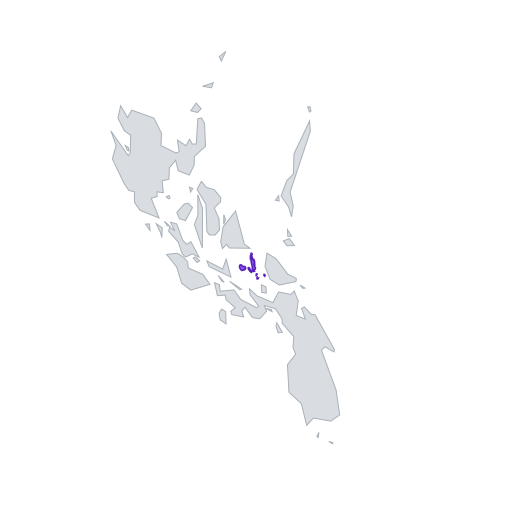 Romblon, Romblon, Philippines (highlighted), rotated 160°
{"feature_id": "2640588B50983171828902", "entity_name": "Romblon", "entity_type": "district", "adm_level": 2, "iso_a3": "PHL", "parent_name": "Philippines", "parent_adm1": "Romblon", "projection": "equal_earth", "projection_center": [122.122, 12.497], "detail": "fine", "context": "in_parent", "style": "filled", "palette": "violet", "viewbox_px": 512, "rotation_deg": 160, "n_neighbors": 0, "source": "geoboundaries", "source_scale": "gbopen_adm2", "svg_char_len": 8378}
<svg xmlns="http://www.w3.org/2000/svg" viewBox="0 0 512 512"><g transform="rotate(160 256 256)"><path d="M242.1,75.2L257.6,84.1L266.3,79.5L263.9,101.7L271.6,116.8L263.6,143.1L252.3,150.2L252.5,157.6L248.0,167.3L254.4,183.8L253.0,188.2L255.9,199.9L265.2,206.6L264.9,200.5L273.9,195.7L280.3,199.3L283.9,211.7L288.0,209.2L288.4,202.9L298.8,209.2L298.7,212.5L293.3,214.6L299.0,225.3L298.3,229.8L305.8,231.9L304.1,245.1L300.2,241.7L301.7,235.2L288.3,231.6L285.2,220.4L273.2,207.2L270.6,207.8L274.8,221.7L273.3,227.4L268.7,218.2L256.1,206.4L247.0,214.5L236.4,207.9L232.1,210.1L231.7,199.3L238.6,186.4L231.1,179.8L231.2,191.0L228.0,191.8L224.1,182.3L220.6,180.6L214.3,141.2L215.5,139.2L222.3,147.0L226.7,145.2L226.6,102.4L231.7,78.1L242.1,75.2ZM334.1,324.9L349.4,338.6L351.8,347.8L348.3,358.0L353.1,361.1L355.1,369.2L357.8,396.4L349.6,407.7L349.6,423.2L341.8,394.0L338.9,396.0L332.4,412.3L336.9,418.7L338.6,432.7L331.8,443.5L329.3,430.1L322.9,435.6L304.8,420.5L302.8,403.7L307.5,392.2L296.0,380.1L292.4,380.4L290.2,391.8L284.0,383.5L278.6,388.4L277.5,382.9L273.8,381.7L263.7,404.9L260.0,404.4L259.1,397.8L265.9,376.5L280.0,370.5L283.0,362.6L291.1,354.9L299.9,362.6L298.8,373.5L307.3,368.4L311.6,357.8L318.5,358.9L321.4,347.2L327.2,350.2L328.6,345.7L334.7,346.0L334.1,324.9ZM288.7,338.7L281.8,344.8L279.1,337.3L272.6,332.7L269.2,323.0L270.7,319.1L278.8,315.5L278.0,303.7L281.5,292.8L287.2,289.7L292.6,291.7L293.8,295.8L285.3,321.8L288.7,338.7ZM328.9,246.2L335.2,255.8L334.3,272.7L339.5,288.1L328.9,285.4L324.7,279.9L322.2,273.7L323.8,267.9L312.2,256.9L309.0,245.1L328.9,246.2ZM259.0,265.3L278.4,272.7L279.6,277.0L285.1,274.4L284.3,281.4L277.0,294.6L259.8,305.3L262.9,271.3L259.0,265.3ZM185.3,339.1L159.5,364.5L162.3,354.6L202.1,304.4L203.9,290.3L209.2,280.7L208.6,290.9L211.9,303.8L201.4,316.2L192.7,320.4L185.3,339.1ZM227.2,218.3L244.0,220.7L250.7,229.2L251.1,243.1L244.7,255.0L238.1,246.7L232.4,228.1L225.8,221.2L227.2,218.3ZM315.0,279.8L322.5,279.0L324.6,283.5L324.3,295.6L329.7,309.2L327.1,312.6L323.8,307.5L324.7,317.0L319.5,313.2L319.5,295.8L316.9,290.6L312.3,291.7L309.9,274.4L315.0,279.8ZM289.7,333.6L290.0,318.9L303.7,281.8L303.1,306.6L296.6,314.3L289.7,333.6ZM315.5,324.0L305.6,329.4L301.6,328.7L299.1,323.2L310.1,313.4L315.2,317.2L315.5,324.0ZM286.7,244.7L303.7,262.1L303.8,268.2L291.8,255.1L285.1,263.3L286.7,244.7ZM310.2,215.0L306.4,217.9L303.5,214.1L307.4,202.4L311.5,208.3L310.2,215.0ZM267.6,414.8L259.9,420.2L257.2,413.1L262.0,410.9L267.6,414.8ZM216.2,252.7L223.4,255.0L225.2,260.8L218.8,261.0L216.2,252.7ZM259.0,217.6L263.1,219.8L260.8,227.1L257.2,223.6L259.0,217.6ZM240.3,429.3L248.2,433.8L236.9,433.4L240.3,429.3ZM338.7,320.4L334.5,314.6L338.1,305.5L337.7,311.0L338.7,320.4ZM263.8,242.7L261.0,258.2L259.1,251.8L260.8,244.2L263.8,242.7ZM221.8,451.1L222.3,455.8L214.4,458.7L221.8,451.1ZM261.5,176.3L261.2,183.2L259.3,186.1L257.4,175.4L261.5,176.3ZM275.5,296.9L272.1,305.9L272.1,300.7L275.5,296.9ZM219.4,263.5L217.4,270.0L215.7,262.5L219.4,263.5ZM315.7,275.6L313.1,275.8L310.5,270.7L313.6,270.1L315.7,275.6ZM273.4,247.3L273.4,253.1L269.6,248.3L273.4,247.3ZM348.9,323.7L345.1,322.6L346.8,316.3L348.9,323.7ZM282.7,229.7L289.5,241.3L280.9,229.8L282.7,229.7ZM218.7,301.8L214.1,305.0L215.4,299.8L218.7,301.8ZM295.7,338.5L294.9,343.5L292.3,341.0L295.7,338.5ZM296.7,243.9L298.2,250.8L294.8,242.1L296.7,243.9ZM156.5,378.3L154.2,377.9L154.7,373.5L156.5,373.0L156.5,378.3ZM320.1,342.4L317.1,342.7L316.8,340.0L318.6,339.5L320.1,342.4ZM341.0,404.5L338.8,401.4L339.5,398.2L340.9,399.8L341.0,404.5ZM223.2,209.7L224.5,213.6L220.9,209.1L223.2,209.7ZM329.0,314.7L330.2,319.9L326.9,313.6L329.0,314.7ZM260.5,65.6L257.2,68.8L259.6,64.1L260.5,65.6ZM264.4,203.3L259.8,200.2L259.9,198.2L264.4,203.3ZM248.2,53.3L251.1,56.9L247.8,54.5L248.2,53.3Z" fill="#d9dde1" stroke="#a8b0b8" stroke-width="1"/><path d="M263.1,242.1L263.3,242.3L263.2,242.6L263.0,242.8L262.9,242.9L262.8,243.0L262.7,243.0L262.6,243.3L262.4,243.4L262.3,243.6L262.1,243.6L261.9,243.6L261.6,243.6L261.4,244.0L261.2,244.0L260.8,244.3L260.7,244.7L260.6,245.0L260.9,245.7L260.9,246.4L261.0,246.6L261.0,246.9L260.9,246.9L260.8,247.1L261.0,247.0L261.1,247.3L261.0,247.5L260.9,247.5L261.0,247.7L260.9,247.9L260.9,248.1L260.8,248.3L260.9,248.6L260.7,248.8L260.7,249.1L260.5,249.4L260.6,249.5L260.3,249.8L260.0,249.8L259.9,249.7L259.8,249.9L259.8,249.7L259.7,249.9L259.5,250.1L259.6,250.6L259.5,251.1L259.2,251.4L259.2,251.5L259.4,251.6L259.5,251.7L259.3,251.9L259.3,252.0L259.1,252.1L259.0,252.3L259.1,252.6L259.2,252.8L259.2,253.1L259.4,253.0L259.4,252.7L259.6,252.7L259.6,253.0L259.7,253.3L259.8,253.3L260.0,253.2L260.1,253.3L260.0,253.7L260.0,253.9L260.3,253.7L260.5,253.8L260.5,254.0L260.6,253.9L260.7,254.2L261.0,254.3L261.1,254.6L261.1,254.9L260.8,255.1L260.7,255.1L260.6,255.5L260.5,255.8L260.2,255.6L260.3,255.4L260.2,255.3L260.2,255.1L260.2,254.9L260.2,254.7L260.1,254.4L260.0,254.7L260.1,255.2L259.9,255.8L259.9,256.2L260.0,256.4L260.0,256.8L260.3,256.8L260.5,256.6L260.6,256.8L260.4,257.2L260.5,257.2L260.6,257.4L260.7,257.6L260.8,257.7L261.0,258.4L261.2,258.2L261.2,257.9L261.2,257.5L261.1,257.4L261.1,257.1L261.3,256.9L261.3,257.0L261.4,256.6L261.7,256.1L261.8,256.1L261.9,256.3L262.0,256.3L262.1,256.2L262.1,255.8L261.9,255.8L261.9,255.6L261.7,255.8L261.6,255.7L261.7,255.4L261.8,255.3L261.7,255.3L261.7,255.2L261.6,254.9L261.8,255.0L261.8,254.9L261.6,254.7L261.8,254.5L261.8,254.4L261.9,254.2L262.0,254.0L261.9,253.9L262.0,253.7L262.1,253.4L262.3,252.8L262.6,252.3L262.4,252.1L262.8,251.1L262.7,250.1L262.8,250.0L262.9,249.9L263.0,249.6L263.0,248.7L263.0,248.3L263.0,248.1L263.1,247.7L263.1,247.0L263.3,246.8L263.2,246.7L263.3,246.2L263.7,245.9L263.6,245.6L263.5,245.2L263.7,244.7L263.5,244.3L263.6,244.0L263.3,243.8L263.3,243.6L263.4,243.3L263.5,243.2L263.7,243.4L264.2,243.3L264.1,243.1L264.1,242.8L264.0,242.5L263.8,242.5L263.7,242.4L263.4,242.4L263.2,242.1L263.1,242.1ZM272.2,246.9L272.0,247.0L271.9,247.1L271.6,247.3L271.6,247.2L271.2,247.1L270.9,247.3L270.7,247.3L270.6,247.5L270.4,247.4L270.2,247.7L270.1,248.0L269.9,248.1L269.7,248.5L269.7,248.9L269.9,249.5L270.2,250.0L270.7,250.2L270.8,250.1L270.9,250.3L271.2,250.3L271.4,250.5L271.5,250.6L271.8,250.7L272.1,250.9L272.4,251.3L272.4,251.5L272.6,252.4L273.0,252.6L273.3,252.6L273.6,252.8L273.8,253.1L274.0,253.5L274.0,253.3L274.1,253.2L274.8,252.4L275.1,251.9L275.2,251.5L275.2,251.3L275.3,250.9L275.2,250.6L275.2,250.4L275.4,249.8L275.1,249.2L275.0,248.7L274.9,248.7L274.8,248.4L274.7,248.3L274.7,248.2L274.8,248.1L274.5,247.7L274.2,247.5L274.1,247.2L273.6,247.3L273.5,247.2L273.2,247.3L272.6,247.1L272.4,247.1L272.2,246.9ZM266.7,243.5L266.6,243.9L266.4,244.1L266.3,244.4L266.5,244.4L266.4,244.6L266.5,244.7L266.4,244.7L266.4,244.9L266.3,244.7L265.9,245.0L266.0,245.1L266.0,245.3L266.0,245.5L266.3,245.9L266.2,246.1L266.2,246.3L266.2,246.6L266.3,246.7L266.4,247.3L266.7,247.5L266.9,247.6L267.1,247.7L267.5,247.3L267.6,246.9L267.6,245.9L267.5,245.7L267.2,245.4L267.2,245.1L267.3,245.1L267.2,244.9L267.1,244.7L267.0,244.4L266.9,244.0L267.0,243.7L266.8,243.6L266.7,243.5ZM262.0,233.9L261.9,234.0L261.7,234.0L261.4,234.3L261.5,234.3L261.6,234.6L261.9,234.6L261.9,235.0L262.0,235.4L262.0,235.5L262.2,235.4L262.2,235.6L262.5,235.4L262.6,235.2L262.8,234.6L262.8,234.1L262.6,234.1L262.4,233.9L262.1,234.0L262.0,233.9ZM259.7,258.5L259.4,258.4L259.2,258.7L259.0,258.8L258.9,259.0L258.9,259.4L259.0,259.9L259.6,260.3L259.8,260.3L259.9,260.2L259.9,259.8L259.9,259.3L259.9,259.2L259.7,258.5ZM262.6,237.5L262.4,237.5L262.3,237.8L262.0,237.9L261.8,238.1L261.5,238.1L261.3,238.4L261.1,238.6L261.3,238.7L261.4,238.4L261.4,238.7L261.4,238.8L261.8,239.1L262.0,239.0L262.3,238.2L262.5,237.9L262.6,237.6L262.6,237.5ZM254.7,234.4L254.3,234.4L254.2,234.4L254.3,234.6L254.1,234.7L254.1,234.8L254.1,235.0L254.2,235.3L254.3,235.2L254.3,235.3L254.3,235.5L254.5,235.5L254.4,235.7L254.5,235.7L254.6,235.4L254.7,235.8L254.8,235.8L254.8,235.7L255.0,235.7L254.8,235.6L254.8,235.3L254.9,235.5L255.0,235.3L255.2,234.9L255.0,234.4L254.9,234.5L254.9,234.4L254.7,234.5L254.7,234.4ZM266.2,243.3L265.8,243.6L265.7,243.6L265.8,243.6L265.7,243.7L266.1,243.7L266.1,243.8L266.3,243.5L266.2,243.3ZM265.8,242.2L265.6,242.4L265.6,242.7L265.8,242.7L265.8,242.9L265.9,242.6L265.9,242.4L265.8,242.2ZM265.9,244.5L266.0,244.1L265.9,244.2L265.9,244.4L265.8,244.5L266.0,244.7L265.9,244.5ZM261.6,256.8L261.6,257.0L261.4,257.0L261.5,257.1L261.6,256.8Z" fill="#8b5cf6" stroke="#5b21b6" stroke-width="1.5"/></g></svg>